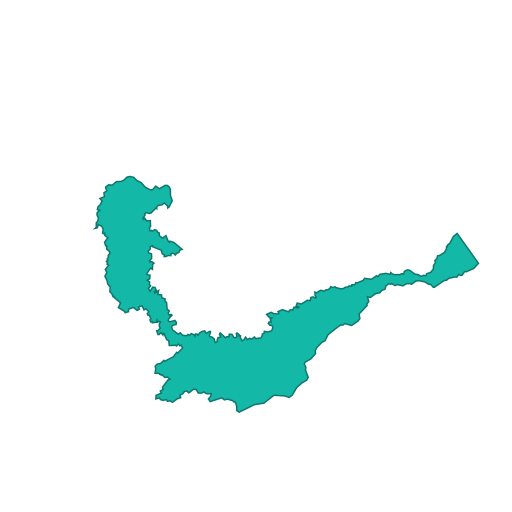 Montelíbano, Córdoba, Colombia, rotated 230°
{"feature_id": "7082276B48843599795866", "entity_name": "Montelíbano", "entity_type": "district", "adm_level": 2, "iso_a3": "COL", "parent_name": "Colombia", "parent_adm1": "Córdoba", "projection": "orthographic", "projection_center": [-75.7, 7.765], "detail": "fine", "context": "isolated", "style": "filled", "palette": "teal", "viewbox_px": 512, "rotation_deg": 230, "n_neighbors": 0, "source": "geoboundaries", "source_scale": "gbopen_adm2", "svg_char_len": 6159}
<svg xmlns="http://www.w3.org/2000/svg" viewBox="0 0 512 512"><g transform="rotate(230 256 256)"><path d="M402.7,191.5L405.3,188.8L405.5,185.5L405.0,184.6L401.9,183.9L402.2,180.1L398.8,178.0L400.4,173.4L397.0,173.4L395.4,169.4L395.3,166.7L393.5,164.2L391.3,165.7L391.4,162.3L389.9,160.7L386.0,159.5L384.2,156.5L384.2,155.1L380.7,152.1L380.6,150.6L379.6,152.7L381.6,155.3L378.0,156.9L374.7,156.2L372.1,153.1L371.0,153.6L370.7,154.8L368.9,153.4L365.2,154.2L363.9,148.8L360.4,147.4L359.6,148.2L357.3,146.0L354.0,146.6L351.9,145.9L351.6,143.4L350.0,142.1L349.4,140.1L347.9,139.7L348.1,138.0L346.0,137.9L345.6,136.7L343.7,137.3L342.6,131.9L339.3,131.2L337.6,127.2L333.0,126.2L329.9,124.4L325.9,124.4L322.5,121.0L320.2,121.4L316.9,120.4L316.5,121.3L315.8,121.1L316.1,120.6L307.2,122.1L304.9,117.4L298.5,119.6L296.6,119.4L295.3,122.5L297.2,124.3L295.4,129.0L290.8,129.9L290.2,132.4L292.5,133.3L291.1,136.8L286.7,135.5L286.3,137.8L282.1,138.1L281.7,135.5L280.0,135.2L279.2,136.2L275.5,135.2L275.4,133.8L273.1,133.0L272.6,134.2L271.5,133.6L269.1,137.4L270.3,138.9L268.6,138.3L267.9,140.1L266.7,140.5L266.3,138.7L264.8,137.0L262.3,136.3L261.8,132.9L262.5,131.8L258.8,130.4L258.1,131.4L258.4,133.9L255.5,133.9L256.5,134.9L255.7,135.6L249.3,133.8L247.3,134.8L243.2,132.0L239.3,137.0L238.2,137.2L238.5,139.9L236.1,140.0L235.9,141.3L232.7,140.7L232.0,133.8L233.2,133.3L231.9,128.1L234.1,118.2L235.3,118.3L234.9,114.1L236.7,110.7L236.4,107.9L233.9,106.6L231.1,103.3L228.0,106.6L227.2,106.2L225.5,107.0L225.5,107.8L221.6,108.0L220.2,110.3L216.9,111.0L217.6,108.8L215.6,100.1L213.4,98.9L214.1,95.9L211.8,95.3L213.5,89.9L210.9,87.4L209.4,90.9L207.4,90.5L205.2,92.0L203.5,95.1L201.6,94.8L200.5,96.9L197.6,98.0L197.2,104.0L195.9,107.3L198.2,108.1L197.5,111.6L198.2,114.0L197.0,116.3L194.3,116.5L194.1,122.6L192.0,124.4L188.1,123.7L185.8,126.5L185.5,128.7L182.5,129.4L179.2,133.2L177.5,130.6L177.1,127.7L173.9,127.3L169.4,138.6L166.1,139.3L164.7,142.1L160.0,145.3L158.5,145.2L157.2,146.2L153.1,144.5L149.9,141.9L147.2,142.7L143.2,159.1L138.2,167.5L137.8,180.3L130.3,188.1L126.3,190.5L126.1,194.4L129.1,202.8L129.2,210.1L128.3,215.0L129.5,218.0L136.9,220.6L138.5,222.6L142.2,223.6L143.1,225.3L141.9,231.8L143.0,238.9L145.4,240.5L146.8,243.9L147.5,251.1L146.7,254.4L149.4,260.6L149.1,272.3L148.8,276.1L147.1,278.6L147.2,280.5L141.3,284.6L140.6,292.5L141.3,295.4L145.3,297.7L146.7,309.4L148.0,310.1L148.6,313.1L153.2,315.2L150.7,317.0L150.3,323.5L148.2,327.2L148.9,330.3L147.6,333.3L149.4,336.0L149.5,339.7L147.8,341.1L147.8,342.1L143.9,343.6L143.4,345.7L138.7,349.4L138.1,353.4L136.0,356.1L134.4,356.9L134.0,362.5L131.8,365.5L127.4,368.8L123.5,370.0L122.0,371.6L118.1,371.7L117.4,372.6L116.3,384.4L114.9,386.6L115.0,389.3L112.1,394.9L110.7,396.2L111.5,399.5L109.5,400.3L108.8,401.7L110.0,405.7L108.8,406.9L106.5,414.8L107.4,421.7L144.0,424.6L144.1,419.9L141.2,412.7L141.3,410.0L140.3,408.7L140.8,408.2L139.0,406.2L137.6,402.8L138.4,397.2L139.4,395.2L137.6,392.7L137.6,390.2L135.6,389.1L134.6,385.8L132.0,383.5L131.2,379.5L132.7,375.3L131.6,373.7L133.7,371.7L133.9,369.7L137.7,368.1L139.9,366.1L146.4,364.5L148.2,362.9L148.8,359.6L147.2,357.5L148.8,356.4L149.2,354.3L152.5,350.3L154.4,348.9L156.7,348.6L155.7,346.9L159.2,344.3L162.4,339.1L161.7,336.1L163.4,335.7L163.9,329.6L169.1,324.8L168.4,322.5L170.3,316.4L171.4,315.2L170.5,313.3L172.4,310.7L171.4,309.8L173.3,308.1L173.1,306.7L174.7,304.3L174.9,302.1L176.1,300.1L180.5,296.8L181.5,296.8L182.6,294.6L184.5,293.5L183.7,291.7L184.0,289.2L185.2,287.7L185.0,285.8L188.3,283.4L188.8,279.0L190.5,277.9L187.9,276.0L185.8,275.7L185.4,274.7L187.9,273.5L189.0,271.4L186.9,268.9L189.1,266.9L190.1,259.8L193.5,257.3L191.8,254.5L189.4,256.1L189.0,255.1L192.3,252.2L191.0,249.3L192.8,247.7L192.4,245.0L197.9,241.8L199.3,237.1L197.5,236.8L197.6,235.3L200.6,232.4L203.1,231.5L204.5,226.6L199.2,226.8L198.4,228.3L198.1,226.2L195.7,225.1L197.1,223.6L196.5,222.1L193.9,222.2L192.8,223.6L190.3,223.0L188.7,220.0L190.1,216.2L193.0,214.0L191.6,212.5L192.1,210.6L190.5,208.8L190.2,207.0L193.0,202.6L195.0,202.8L195.1,199.2L197.1,198.2L197.5,195.6L200.6,195.8L199.5,192.8L200.1,190.9L203.5,191.5L204.8,192.8L205.8,191.7L206.7,192.6L209.2,192.0L209.4,191.2L206.4,189.5L206.8,187.3L208.2,186.7L211.3,187.3L213.3,185.3L211.6,183.2L212.9,182.0L213.1,180.0L220.1,179.2L219.5,177.7L216.6,176.9L217.9,174.4L216.5,172.1L215.2,171.5L216.0,169.0L219.4,170.7L222.4,170.1L223.9,168.7L225.1,169.2L226.9,172.3L227.9,172.4L228.9,168.1L231.6,168.6L232.7,166.7L233.3,163.6L232.6,160.6L234.1,160.6L235.2,159.5L233.9,157.7L235.5,157.9L238.1,156.6L238.0,153.9L239.6,153.5L239.5,151.7L242.4,148.8L245.9,148.6L246.1,146.2L253.3,144.5L256.3,146.0L256.3,148.0L254.9,150.8L256.2,152.3L258.7,152.5L261.1,147.6L262.8,147.1L264.0,148.7L264.6,153.5L266.0,153.3L266.2,152.7L265.4,153.2L265.7,151.6L268.5,151.8L269.7,154.3L272.5,153.8L277.5,157.4L280.4,157.5L281.5,158.8L284.5,157.0L286.9,158.6L289.7,156.1L292.1,159.2L292.7,154.6L293.8,155.1L293.9,157.6L296.9,158.4L298.5,156.9L297.1,152.2L300.3,152.8L300.8,156.1L302.9,156.1L304.5,157.9L307.5,157.1L306.8,160.0L309.4,162.5L311.6,160.7L312.6,160.9L314.5,167.3L312.3,168.1L316.1,171.5L316.1,173.2L318.5,172.6L319.6,170.8L320.6,171.0L321.3,174.6L324.8,177.3L327.2,175.9L328.9,176.2L329.1,179.1L331.1,180.9L330.4,183.4L329.5,182.8L321.5,187.1L317.9,185.6L315.7,186.5L314.6,185.3L314.0,185.8L312.5,189.6L311.0,191.0L312.3,192.4L312.0,193.6L310.4,194.8L308.6,194.8L309.1,197.0L308.3,199.3L309.4,201.3L308.6,203.7L319.2,201.8L322.7,199.6L322.2,198.5L324.0,198.3L329.5,200.1L329.8,195.9L333.8,195.0L335.7,196.7L337.6,195.9L339.5,196.4L341.2,195.4L341.8,192.5L342.8,192.3L343.4,190.9L346.3,192.6L346.4,194.2L351.0,197.8L353.5,194.7L356.4,195.1L356.1,193.6L357.6,193.4L358.7,197.4L360.0,198.0L359.6,200.0L357.4,201.3L356.4,203.2L357.0,209.9L356.0,210.4L357.3,211.3L357.7,213.6L355.6,216.9L355.6,219.8L351.1,220.4L349.5,219.3L349.4,221.0L352.2,227.4L357.2,229.3L361.9,233.1L364.8,234.0L367.1,233.4L368.6,231.7L369.6,225.2L374.0,224.1L373.2,219.4L374.5,217.6L379.9,215.4L386.0,215.2L390.6,213.2L394.9,212.9L398.1,210.4L399.4,207.7L399.0,203.5L400.0,200.3L402.7,197.0L402.7,191.5Z" fill="#14b8a6" stroke="#0f766e" stroke-width="1.5"/></g></svg>